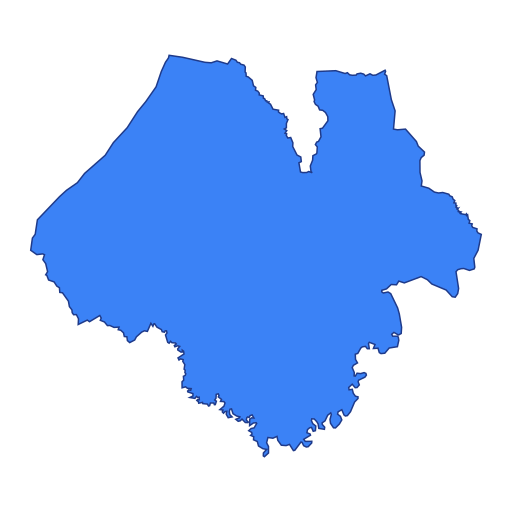 Khok Pho Chai, Khon Kaen, Thailand (Mercator projection)
{"feature_id": "78962969B36064569577825", "entity_name": "Khok Pho Chai", "entity_type": "district", "adm_level": 2, "iso_a3": "THA", "parent_name": "Thailand", "parent_adm1": "Khon Kaen", "projection": "mercator", "projection_center": [102.392, 16.069], "detail": "fine", "context": "isolated", "style": "filled", "palette": "blue", "viewbox_px": 512, "rotation_deg": 0, "n_neighbors": 0, "source": "geoboundaries", "source_scale": "gbopen_adm2", "svg_char_len": 6044}
<svg xmlns="http://www.w3.org/2000/svg" viewBox="0 0 512 512"><path d="M481.3,234.4L478.0,232.9L476.8,231.1L477.0,228.8L472.6,227.4L471.7,225.6L472.2,223.9L469.1,223.2L469.8,220.6L468.3,219.4L467.6,214.8L466.6,215.5L466.4,213.9L465.6,214.6L461.7,213.9L460.8,212.8L460.3,213.5L459.6,212.6L460.7,211.9L458.4,211.5L458.8,210.9L457.5,209.3L458.2,208.3L457.0,208.8L457.0,207.5L455.9,207.0L456.7,205.6L455.8,205.1L455.9,203.1L453.9,202.8L454.8,200.5L453.1,199.2L452.2,196.8L449.8,195.8L448.8,194.2L442.7,192.5L438.6,193.0L434.4,192.1L428.8,188.2L421.3,186.0L422.0,180.9L420.0,172.4L419.9,160.6L421.2,157.6L424.1,155.2L424.5,152.1L418.2,146.1L416.4,141.5L405.5,129.1L397.5,129.8L393.5,129.1L395.1,110.9L391.3,99.5L386.7,75.7L384.6,74.2L385.6,71.3L385.1,70.2L375.9,75.0L372.8,75.3L370.0,73.8L365.5,75.9L363.7,74.1L360.7,73.2L357.0,73.9L356.1,75.1L352.4,75.3L349.6,74.8L347.4,72.7L345.1,73.5L335.8,70.7L317.0,71.5L316.0,77.7L317.4,82.4L315.6,84.9L316.2,89.6L313.2,94.4L314.6,100.0L314.1,101.6L315.5,104.4L318.1,106.2L319.6,109.9L322.7,110.3L325.5,112.5L327.8,116.7L327.9,120.8L322.5,128.2L320.1,128.7L321.0,136.8L318.5,141.4L316.7,142.1L315.4,144.6L317.3,146.9L316.9,152.8L316.5,153.8L312.9,155.7L312.6,160.2L310.3,166.0L311.0,171.5L312.2,172.7L308.7,171.5L306.8,172.5L302.7,172.6L300.5,172.0L298.9,162.8L301.3,161.6L300.8,157.0L297.0,155.0L292.7,146.5L292.9,142.8L290.7,137.5L287.8,138.0L286.3,135.4L286.7,133.8L285.0,133.2L286.8,130.6L284.3,129.0L286.4,127.8L286.4,123.4L288.0,119.6L286.8,118.8L286.6,116.7L285.0,117.4L283.6,113.5L281.6,113.9L279.8,113.0L278.4,111.9L278.6,110.2L273.0,109.2L270.5,104.2L268.5,102.9L268.9,101.9L267.2,102.1L266.8,100.8L265.6,100.8L264.6,98.6L263.4,98.3L263.2,95.9L259.2,94.9L259.3,93.2L257.8,91.2L255.5,90.2L255.8,87.4L253.5,85.8L252.2,80.3L248.2,76.9L246.2,76.3L246.0,72.9L245.1,72.0L245.3,67.0L244.0,65.1L240.7,64.2L239.5,62.7L237.4,62.3L235.9,60.2L231.5,58.5L227.6,64.0L217.0,60.9L211.2,62.8L204.9,62.3L182.7,57.3L169.1,55.3L168.5,57.9L165.5,62.2L161.3,71.5L156.1,86.8L145.8,101.6L137.6,111.6L127.2,127.7L113.4,142.6L105.2,155.3L84.6,173.4L77.4,182.7L66.5,190.3L59.5,196.7L37.4,219.8L35.2,234.3L32.4,238.1L30.7,250.3L36.8,254.6L42.7,253.9L44.5,254.7L42.9,259.7L45.7,263.6L47.6,271.7L45.7,274.8L46.8,275.3L48.6,280.0L54.1,281.9L56.8,286.1L59.4,287.7L59.8,292.4L62.5,292.8L68.4,301.1L69.4,306.6L71.9,309.9L72.2,312.7L73.6,314.7L76.4,314.6L78.5,318.8L78.2,324.5L87.3,320.1L89.5,321.7L99.8,315.5L101.2,318.0L100.3,320.3L104.5,322.0L107.4,325.6L109.9,325.5L114.0,327.4L119.0,327.1L118.2,329.7L120.8,330.3L123.5,332.8L124.3,336.5L126.9,336.8L127.4,340.6L129.7,342.6L134.7,340.0L136.4,336.8L141.7,332.1L144.4,330.8L147.4,331.4L150.9,323.3L152.9,326.3L153.8,323.9L154.6,323.7L156.9,327.1L161.4,329.6L162.2,331.7L164.5,332.2L165.2,330.8L166.5,330.8L167.0,332.9L165.5,335.0L167.7,342.3L169.1,343.2L170.6,341.3L171.9,342.7L175.5,343.0L176.3,343.9L174.3,345.6L174.9,346.8L177.6,345.8L179.7,346.4L177.7,348.9L177.8,350.0L181.0,352.1L182.5,352.0L182.3,350.2L183.6,351.2L184.0,354.0L178.0,357.9L179.0,360.0L180.5,358.9L183.2,359.6L182.8,361.4L184.8,364.6L184.1,369.2L185.2,370.2L184.9,372.6L185.8,373.8L185.2,375.4L183.4,376.3L183.7,380.1L182.0,381.8L182.1,387.8L185.6,386.8L187.4,388.3L191.2,388.6L190.7,390.3L188.7,390.0L187.6,391.1L187.8,391.9L192.9,393.6L193.0,395.9L189.8,397.5L194.9,398.4L196.5,396.4L197.8,397.5L199.2,397.2L199.3,399.7L197.5,399.6L196.8,400.5L198.3,401.5L198.7,403.2L202.5,402.4L202.8,403.6L207.4,404.1L208.5,406.0L209.6,405.7L210.4,403.0L213.8,403.0L214.4,404.7L215.3,404.6L216.4,401.2L214.7,400.0L216.0,398.2L216.2,394.4L218.2,393.8L219.0,395.4L218.3,396.9L221.5,399.4L220.5,401.4L223.9,401.6L225.0,403.0L224.0,406.1L219.9,409.6L223.0,410.1L222.3,411.9L223.5,413.2L225.1,411.5L226.8,411.3L226.2,414.2L228.2,417.7L232.1,416.9L229.8,414.6L229.3,411.5L230.0,409.2L231.5,408.9L233.0,413.7L236.6,416.0L239.9,416.8L239.5,417.8L235.8,419.3L238.2,421.3L240.3,420.8L242.0,419.1L245.3,422.5L247.8,422.6L248.3,422.1L246.3,420.0L246.9,417.5L247.8,416.9L249.1,417.5L250.1,415.6L252.1,414.9L253.9,418.0L251.5,417.9L249.7,419.3L249.6,425.6L253.4,423.0L256.2,422.7L256.7,423.4L254.1,427.9L251.1,428.5L248.7,430.7L251.7,432.4L252.0,434.1L250.6,435.4L253.7,436.7L253.5,439.8L257.3,441.5L258.5,446.0L262.9,448.7L266.6,449.4L263.4,453.0L263.3,455.9L264.4,456.7L268.5,453.0L268.5,446.5L266.6,442.8L267.9,437.5L272.9,438.2L277.0,436.4L277.8,440.3L281.3,445.2L286.1,445.6L289.5,444.4L293.4,450.6L294.8,450.3L301.0,442.0L302.0,442.3L303.7,445.7L306.3,447.0L308.2,446.7L311.7,443.0L311.8,441.3L305.3,441.4L303.7,439.3L310.5,435.2L310.1,434.0L306.9,432.7L307.5,429.6L309.6,427.8L311.5,427.4L313.2,431.3L315.4,430.7L315.8,426.0L312.8,423.7L311.4,420.6L311.8,418.8L314.3,419.0L316.7,421.6L318.1,423.9L318.8,428.4L324.4,429.3L324.7,427.2L322.3,424.5L322.1,422.9L325.0,420.9L327.7,415.2L330.7,412.9L331.3,414.5L330.0,419.4L330.5,423.3L333.5,427.8L335.5,427.9L339.4,424.0L341.8,419.9L340.4,416.3L337.6,414.2L338.1,411.8L341.8,409.7L344.0,415.0L345.4,416.0L347.4,415.6L350.5,411.7L354.6,402.0L358.0,398.5L358.0,396.8L355.4,396.2L353.3,393.3L352.3,389.3L349.1,389.8L348.7,387.5L352.2,384.2L355.2,387.7L357.1,387.5L359.3,384.9L358.1,381.7L358.6,380.2L365.0,377.1L366.4,375.1L365.9,373.4L364.1,372.6L360.6,373.6L357.1,373.2L355.3,376.1L354.1,375.9L354.3,372.6L352.2,367.6L353.4,365.3L357.5,362.9L355.5,359.4L355.3,354.2L357.8,353.4L360.8,348.0L362.4,346.8L365.5,346.4L367.3,348.7L369.3,348.7L368.5,343.5L369.3,342.3L375.0,344.5L373.4,348.5L378.0,348.2L379.3,352.6L381.0,353.6L384.8,353.2L389.2,348.0L397.4,346.7L398.8,340.3L398.3,337.1L397.3,336.2L392.7,336.2L391.7,334.3L393.9,332.4L398.5,335.0L401.2,333.5L401.6,327.3L399.3,313.9L397.6,307.9L390.7,293.6L388.0,292.0L383.3,293.0L381.7,291.8L381.8,290.3L386.5,288.9L391.2,284.5L396.5,284.8L398.8,281.1L404.3,282.9L421.1,276.6L427.4,279.7L431.8,284.0L446.1,290.0L452.2,296.7L455.2,297.2L457.7,293.6L458.6,288.5L456.0,271.7L457.7,269.7L461.0,268.7L463.8,268.5L469.5,270.4L474.2,268.9L474.8,267.2L473.8,258.4L478.1,250.2L481.3,234.4Z" fill="#3b82f6" stroke="#1e3a8a" stroke-width="1.5"/></svg>